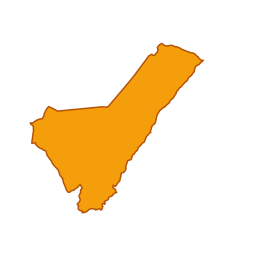 outline of Santaluz, Bahia, Brazil, rotated 158°
{"feature_id": "56859067B88136569258603", "entity_name": "Santaluz", "entity_type": "district", "adm_level": 2, "iso_a3": "BRA", "parent_name": "Brazil", "parent_adm1": "Bahia", "projection": "albers", "projection_center": [-39.492, -11.198], "detail": "fine", "context": "isolated", "style": "filled", "palette": "amber", "viewbox_px": 256, "rotation_deg": 158, "n_neighbors": 0, "source": "geoboundaries", "source_scale": "gbopen_adm2", "svg_char_len": 4661}
<svg xmlns="http://www.w3.org/2000/svg" viewBox="0 0 256 256"><g transform="rotate(158 128 128)"><path d="M202.0,66.7L200.9,66.2L199.6,65.9L198.8,65.9L197.9,66.0L196.8,66.3L195.5,66.6L194.4,67.1L193.3,67.1L192.4,67.0L191.2,66.4L190.4,65.9L189.6,65.5L188.9,65.0L188.6,64.0L187.6,64.1L186.5,64.0L185.2,64.0L184.2,63.2L184.0,62.3L182.9,62.2L182.1,62.8L181.5,63.9L180.7,64.6L181.1,65.6L180.6,66.6L179.8,67.5L179.0,67.0L178.5,66.2L177.5,66.4L177.3,67.2L177.6,68.4L176.7,68.9L175.3,68.8L173.9,68.9L172.8,69.4L172.3,70.4L171.7,70.9L170.8,71.1L170.0,71.1L169.2,71.0L168.2,71.0L167.2,71.5L166.1,72.4L164.7,72.6L163.7,72.4L162.7,72.6L163.2,74.0L162.8,74.8L162.5,75.8L163.3,76.5L163.8,77.5L164.4,78.4L163.8,79.5L163.1,80.4L162.0,78.8L161.1,78.9L160.2,79.1L159.6,80.0L158.8,80.4L158.0,80.9L157.1,81.4L156.3,81.6L155.3,82.3L154.8,83.2L153.7,84.5L153.4,85.2L152.8,85.8L152.4,86.8L151.6,87.6L151.2,88.7L150.1,88.7L149.0,88.4L147.8,88.8L146.5,89.8L145.6,90.4L144.9,91.4L145.0,92.4L144.3,93.1L143.9,94.0L142.9,94.9L142.4,95.9L141.5,96.5L140.4,97.9L139.5,97.9L138.4,97.6L137.2,97.6L136.0,98.3L135.6,99.7L134.2,100.4L133.3,101.6L132.1,101.5L131.2,102.3L130.3,102.9L129.4,103.2L128.3,103.7L127.3,104.1L126.7,105.1L125.4,106.2L124.2,106.7L123.0,107.0L122.1,107.6L121.3,108.0L120.5,108.5L119.3,108.7L118.3,108.9L117.5,109.6L116.6,110.6L115.9,111.2L115.3,112.0L114.5,112.8L113.4,113.5L111.8,114.2L110.7,114.7L109.7,115.2L108.5,115.5L108.4,116.4L108.1,117.1L107.3,117.9L106.7,118.8L106.0,119.7L105.4,120.4L104.5,121.1L103.6,121.4L102.5,121.7L101.1,122.4L100.2,123.3L99.5,124.4L98.9,125.2L98.2,126.3L97.5,127.3L96.8,128.3L96.1,129.1L95.4,129.7L94.7,130.3L93.7,131.0L92.7,131.8L91.4,132.5L90.2,132.8L88.9,133.3L87.3,133.8L85.9,133.7L84.9,134.3L83.6,134.8L82.4,135.3L81.0,135.6L80.0,136.3L79.4,137.0L78.7,137.5L77.7,138.0L76.7,138.3L75.9,138.6L74.6,139.0L73.4,139.9L72.6,140.6L71.6,141.2L70.6,141.9L69.8,142.9L68.3,144.1L67.2,144.5L66.0,145.5L65.0,145.9L64.0,146.0L62.8,146.6L61.6,147.2L60.9,147.6L60.1,148.0L59.3,148.3L58.2,148.9L56.9,149.4L55.9,149.5L54.9,150.1L54.1,150.9L53.4,151.5L52.2,152.4L51.2,152.6L50.3,152.7L49.4,153.0L48.4,153.7L47.6,154.5L46.6,154.8L45.5,155.4L45.0,156.2L44.5,157.3L43.3,158.5L42.4,159.5L41.5,160.0L40.4,160.1L39.3,160.3L38.2,160.3L37.4,160.8L36.4,161.2L35.5,161.8L34.4,161.8L33.1,162.5L34.0,163.0L34.8,163.6L35.4,164.5L35.7,165.4L36.3,166.4L36.4,167.9L37.1,168.8L37.6,169.7L37.8,170.6L38.4,171.5L38.8,172.3L39.6,173.0L40.3,173.6L41.3,174.1L42.3,174.8L43.2,175.8L44.5,176.8L45.2,177.6L46.1,178.5L47.1,179.3L47.7,179.9L48.6,180.7L49.3,181.8L50.2,183.0L51.0,183.8L52.4,185.0L53.6,185.5L54.7,186.4L55.5,187.5L56.5,188.3L57.8,188.7L58.8,189.1L60.0,189.0L61.1,189.5L62.3,190.0L63.3,191.0L63.9,191.9L65.2,193.8L66.3,193.6L67.5,193.4L68.5,192.9L69.6,192.4L70.7,191.5L70.8,190.3L71.1,188.9L71.8,187.8L72.8,187.2L74.1,186.7L74.8,186.3L75.5,185.7L76.3,185.5L77.2,185.9L78.0,186.5L78.3,187.4L79.2,187.4L80.5,187.2L81.8,187.0L85.0,185.0L102.2,174.5L107.8,171.4L119.0,165.4L126.9,161.3L138.9,155.0L141.9,156.3L144.8,157.6L155.3,160.7L168.0,164.4L170.2,165.1L171.6,165.5L172.8,165.9L173.9,166.2L175.3,166.6L176.6,167.0L186.9,170.0L188.8,172.4L193.4,177.5L194.4,177.2L195.5,176.6L196.5,175.9L197.5,175.2L198.3,174.5L199.0,173.8L199.7,173.3L200.4,172.4L200.8,171.4L202.0,170.3L203.0,169.7L203.9,168.7L205.3,169.0L206.3,169.5L207.4,169.3L208.2,169.4L209.5,169.5L210.4,169.3L211.3,169.1L212.2,169.1L213.2,168.6L214.7,168.4L215.8,169.0L216.6,169.2L216.7,168.0L215.7,166.7L215.4,165.6L215.2,164.3L215.8,163.4L216.2,162.4L216.4,161.2L216.9,160.5L222.9,150.1L221.8,149.4L220.4,149.3L219.3,148.7L219.8,147.3L219.4,146.3L219.0,145.4L218.6,144.7L218.2,143.8L217.5,142.7L216.4,141.4L215.5,141.2L215.3,140.2L214.8,139.3L214.0,138.6L213.2,138.0L212.8,137.3L213.2,132.9L213.0,131.8L212.7,131.0L212.5,130.0L212.3,129.1L212.1,127.7L211.4,126.6L211.4,125.7L211.5,124.9L211.3,123.6L211.0,122.1L210.6,120.6L209.9,119.0L209.5,118.0L209.1,117.1L208.9,116.2L208.5,115.2L208.5,113.8L208.7,112.3L208.6,110.7L208.8,109.7L208.4,108.3L208.0,107.0L207.6,105.9L207.7,105.0L207.9,103.9L208.0,102.8L208.3,101.5L208.2,100.3L208.1,99.4L208.3,98.6L208.2,97.5L208.1,96.4L208.3,95.4L208.3,94.4L208.1,93.1L207.9,91.8L207.5,90.8L206.3,90.4L205.1,90.5L203.9,91.0L202.8,90.8L201.7,90.6L200.9,90.9L199.7,91.4L198.5,91.6L197.6,91.7L196.7,92.0L195.6,92.5L194.5,93.2L193.5,93.4L193.0,89.4L193.8,88.9L194.9,88.5L195.7,87.4L195.8,86.1L196.7,85.5L197.8,84.4L198.6,83.6L199.1,82.5L199.0,81.4L199.0,80.0L199.7,78.7L200.9,77.7L202.2,77.2L203.1,76.9L203.6,75.8L203.1,74.3L204.1,72.6L204.4,71.3L203.9,70.1L203.1,69.2L202.3,68.8L201.8,68.0L201.2,67.4L202.0,66.7Z" fill="#f59e0b" stroke="#b45309" stroke-width="1.5"/></g></svg>